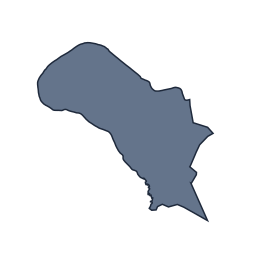 La Pointe, Saint Lucia, rotated 193°
{"feature_id": "8701671B35754409069588", "entity_name": "La Pointe", "entity_type": "district", "adm_level": 2, "iso_a3": "LCA", "parent_name": "Saint Lucia", "parent_adm1": "", "projection": "natural_earth1", "projection_center": [-60.888, 13.916], "detail": "fine", "context": "isolated", "style": "filled", "palette": "slate", "viewbox_px": 256, "rotation_deg": 193, "n_neighbors": 0, "source": "geoboundaries", "source_scale": "gbopen_adm2", "svg_char_len": 4724}
<svg xmlns="http://www.w3.org/2000/svg" viewBox="0 0 256 256"><g transform="rotate(193 128 128)"><path d="M74.3,169.6L74.7,169.4L75.2,169.1L75.6,168.8L76.2,168.6L76.6,168.5L76.9,168.3L77.6,168.2L78.4,168.2L78.8,168.3L79.1,168.4L79.6,169.0L81.1,171.3L83.0,174.2L83.1,174.6L83.3,175.0L83.5,175.4L83.7,175.8L84.0,176.2L84.2,176.5L84.6,176.9L84.7,177.1L85.2,177.5L85.3,177.6L85.5,177.7L85.7,177.8L85.9,177.9L86.2,178.1L86.7,178.2L87.0,178.3L87.3,178.3L87.6,178.3L87.8,178.4L88.3,178.4L88.5,178.4L89.0,178.4L89.4,178.4L89.8,178.4L90.2,178.4L90.5,178.3L91.0,178.3L91.1,178.2L91.4,178.1L91.7,178.0L92.1,177.8L92.5,177.6L92.9,177.4L93.1,177.3L93.2,177.2L93.6,176.9L93.9,176.7L94.3,176.5L94.6,176.3L94.8,176.2L100.5,173.6L102.4,172.7L102.7,172.5L104.3,171.8L104.6,171.7L105.6,171.2L106.5,170.9L106.8,170.8L107.7,170.6L108.6,170.4L109.7,170.2L111.0,170.5L112.2,171.1L113.3,171.7L114.3,172.6L115.3,173.8L116.0,174.8L116.2,175.3L116.5,175.9L116.7,176.3L117.1,177.0L117.4,177.3L117.8,177.6L118.2,177.8L119.1,178.1L120.5,178.4L122.5,178.6L123.2,178.8L124.2,179.0L124.5,179.0L125.1,179.1L125.9,179.3L126.4,179.4L126.6,179.5L126.8,179.8L127.1,180.1L127.6,180.8L128.3,181.2L130.6,182.5L134.2,184.2L137.7,185.9L139.0,186.6L144.3,189.0L148.2,190.9L150.3,191.9L151.1,192.3L154.0,193.8L155.5,194.5L157.1,195.3L160.5,197.0L160.9,197.3L161.6,197.5L162.3,197.9L163.7,198.7L165.3,200.3L165.9,200.5L166.5,200.6L167.1,201.0L169.3,202.0L170.0,202.1L170.9,202.2L172.0,202.4L172.9,202.6L175.2,202.6L176.4,202.5L176.8,202.7L178.9,202.8L180.9,202.7L182.8,202.6L184.3,202.5L185.4,202.3L186.5,202.1L188.4,201.4L189.2,201.2L191.2,199.9L192.8,199.1L194.2,198.1L195.6,196.8L196.5,195.9L198.5,193.7L200.6,191.1L201.8,189.9L203.3,188.2L205.0,186.6L207.4,184.4L208.4,183.5L209.3,182.7L211.3,180.4L212.9,178.5L214.2,177.3L215.4,176.0L216.5,174.8L217.6,173.4L218.9,171.7L220.1,169.8L221.1,167.2L222.2,165.6L223.1,163.0L223.3,162.2L224.4,160.2L224.9,159.0L225.5,157.4L225.8,156.4L226.3,153.5L226.3,152.8L226.3,152.1L226.2,151.5L225.8,149.9L225.3,148.5L224.8,147.0L224.5,146.3L224.0,144.9L223.3,142.7L223.2,142.5L223.1,142.0L222.8,141.6L222.0,139.7L221.5,138.7L220.5,137.3L219.7,135.9L219.5,135.6L218.9,135.0L218.5,134.5L217.2,133.6L216.9,133.4L215.3,132.4L214.1,132.0L213.4,131.7L212.0,131.4L210.0,130.8L208.8,130.4L207.6,129.9L206.5,129.4L205.2,128.8L204.0,128.7L202.6,128.9L200.8,129.3L200.1,129.5L197.2,130.0L196.5,130.1L195.6,130.6L194.5,131.5L193.4,132.0L192.8,132.1L191.9,132.1L191.4,132.0L190.2,131.7L189.5,131.6L188.6,131.5L186.9,131.4L184.9,131.4L184.6,131.4L184.2,131.4L181.7,131.2L179.7,131.5L178.5,131.5L177.5,131.3L177.1,131.2L176.7,131.0L175.6,130.5L174.5,129.8L174.0,129.4L171.1,127.4L170.8,127.1L169.6,126.5L168.7,126.0L168.1,125.6L167.5,125.3L167.2,125.2L163.8,124.0L161.3,123.0L160.6,122.8L160.0,122.6L158.1,122.1L157.3,121.8L157.1,121.8L156.8,121.6L155.3,121.3L154.4,121.2L152.0,121.0L150.0,120.7L148.2,120.4L146.6,120.2L145.6,119.8L144.5,119.1L143.3,118.1L143.0,117.8L142.3,117.0L141.8,116.3L140.9,115.0L140.7,114.6L139.3,112.7L137.9,111.0L137.4,110.3L136.0,108.2L134.5,106.3L133.2,104.9L133.0,104.6L131.8,103.4L131.3,103.0L130.9,102.7L130.1,102.0L129.9,101.8L129.2,101.5L129.0,101.4L128.0,100.9L127.4,100.6L126.9,100.2L126.8,99.9L126.6,99.7L126.3,99.0L126.3,98.7L126.2,98.2L126.1,97.9L125.8,96.8L125.4,96.3L125.2,96.1L125.0,95.8L123.1,94.3L121.8,93.5L121.2,93.1L120.4,92.6L118.8,91.6L117.9,91.0L117.7,90.9L117.3,90.6L116.4,89.8L115.6,89.2L115.4,89.1L115.1,88.8L114.7,88.6L113.8,88.3L112.1,88.2L111.9,88.2L110.4,87.9L109.6,87.4L109.0,86.7L108.7,86.2L108.1,85.2L107.4,84.6L106.7,84.0L106.3,83.7L106.1,83.6L105.3,83.0L104.9,82.8L104.7,82.7L103.9,82.5L103.6,82.5L103.3,82.4L102.1,82.1L101.5,82.0L101.1,81.9L100.7,81.9L100.8,82.4L100.0,81.9L98.7,80.9L98.2,80.5L98.1,80.3L98.5,79.5L98.9,79.1L98.7,78.6L98.6,78.4L98.5,78.1L98.3,77.8L98.0,77.3L97.7,76.9L97.4,76.9L97.2,77.3L96.9,77.6L96.4,77.2L95.8,76.8L95.5,77.2L95.5,77.5L95.0,77.3L94.5,76.8L94.0,76.1L94.0,75.8L94.6,75.4L94.8,74.9L94.5,74.3L94.1,74.3L93.7,74.2L93.3,73.8L93.2,73.4L93.4,72.9L93.9,72.0L94.1,70.8L94.1,70.1L93.4,69.2L93.7,68.9L93.7,68.3L93.4,67.7L92.9,67.7L92.9,68.2L92.6,68.9L92.2,68.8L91.8,68.2L91.8,67.6L91.4,67.1L91.0,67.1L90.4,67.6L89.8,66.3L89.1,65.1L88.6,65.4L88.2,65.4L88.2,64.5L88.1,63.0L88.6,61.9L89.1,61.7L89.5,61.6L89.5,61.2L88.9,61.1L88.1,61.4L87.7,61.1L87.6,60.7L87.6,60.0L88.3,59.1L88.5,58.3L88.5,56.7L89.1,55.1L89.2,54.4L86.4,53.2L82.2,54.5L81.5,58.1L77.4,61.4L70.8,60.2L62.7,64.6L55.8,63.4L29.7,55.7L54.3,88.4L53.9,88.3L50.9,97.8L51.3,100.2L51.6,100.3L59.1,104.1L58.9,104.7L58.5,106.4L56.7,116.5L56.2,119.5L54.4,127.8L50.9,133.6L48.4,137.8L43.9,141.9L49.6,145.9L50.6,146.6L65.7,147.8L72.6,163.8L74.3,169.6Z" fill="#64748b" stroke="#1e293b" stroke-width="1.5"/></g></svg>